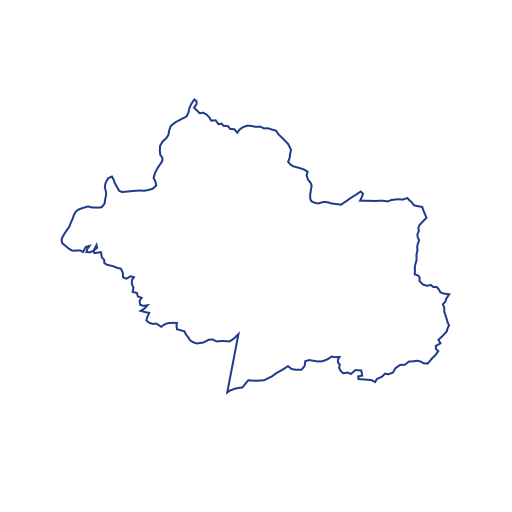 Sapopema, Paraná, Brazil, rotated 66°
{"feature_id": "56859067B84915220183665", "entity_name": "Sapopema", "entity_type": "district", "adm_level": 2, "iso_a3": "BRA", "parent_name": "Brazil", "parent_adm1": "Paraná", "projection": "equal_earth", "projection_center": [-50.609, -23.883], "detail": "fine", "context": "isolated", "style": "outline", "palette": "blue", "viewbox_px": 512, "rotation_deg": 66, "n_neighbors": 0, "source": "geoboundaries", "source_scale": "gbopen_adm2", "svg_char_len": 3920}
<svg xmlns="http://www.w3.org/2000/svg" viewBox="0 0 512 512"><g transform="rotate(66 256 256)"><path d="M301.7,99.6L299.2,97.0L296.6,96.5L294.1,93.9L290.4,84.8L286.1,84.6L283.4,84.6L278.8,84.2L276.3,87.9L274.0,91.0L270.2,91.9L267.3,93.2L264.6,94.1L264.2,98.8L261.8,103.4L259.9,109.6L259.8,113.3L256.8,118.2L254.2,124.8L252.2,128.9L250.9,131.7L247.8,138.4L245.3,135.5L242.7,132.9L239.7,134.1L240.5,138.9L241.5,145.6L242.7,151.8L243.7,157.5L240.9,162.0L238.7,165.7L236.4,168.2L234.1,172.1L233.3,177.9L231.2,180.8L228.4,183.2L225.5,183.1L221.7,181.4L218.2,179.1L214.3,176.5L210.9,176.4L207.8,177.4L203.1,177.1L200.0,174.6L196.7,176.8L194.4,179.2L191.8,182.3L189.3,185.4L186.6,187.3L183.0,188.3L180.0,185.3L177.3,183.8L173.3,180.8L166.7,181.1L161.2,183.1L157.5,184.5L154.0,186.0L149.7,186.7L147.2,189.8L144.3,192.9L142.7,196.7L139.6,199.5L137.9,203.7L135.4,207.2L133.5,210.6L133.0,215.6L133.9,219.8L135.8,223.0L131.4,224.2L129.4,227.9L126.0,228.8L123.8,232.8L121.1,233.5L120.3,236.7L115.6,237.7L114.1,241.9L110.7,242.2L106.7,243.6L103.6,246.0L102.7,249.4L98.9,250.8L95.3,252.3L93.0,248.5L90.4,247.4L87.9,248.7L90.8,253.3L93.5,256.4L97.6,259.5L100.2,262.6L101.1,275.4L102.5,280.9L105.8,284.1L109.6,286.6L111.7,289.7L113.4,294.6L116.4,298.9L121.1,301.2L124.7,302.3L128.2,301.6L131.1,302.9L135.7,310.2L138.9,314.3L143.0,317.8L147.2,317.6L150.9,318.4L152.5,322.6L152.1,326.6L151.0,331.4L148.8,335.8L147.1,340.4L144.7,347.6L143.0,352.5L140.8,354.5L135.3,355.0L132.0,355.4L129.0,355.0L124.8,355.3L124.8,359.2L127.7,363.4L131.5,366.1L136.0,366.9L138.7,367.8L142.7,370.6L146.6,373.1L148.7,377.3L147.6,380.5L144.8,386.4L142.4,389.2L141.5,396.1L141.4,400.0L142.5,403.1L144.4,405.6L147.2,408.2L151.0,412.4L153.2,414.5L157.2,421.2L159.9,425.0L162.3,427.2L165.5,427.8L172.6,424.3L176.4,421.7L177.9,418.2L179.3,414.4L182.0,412.4L178.6,408.0L179.0,404.0L181.2,407.6L183.5,409.3L185.2,405.8L185.0,402.1L187.6,402.5L189.4,396.1L194.7,397.4L197.7,396.3L200.8,397.4L203.3,395.8L207.1,390.8L210.7,387.3L212.5,384.6L217.2,384.5L221.3,386.1L224.0,383.7L223.6,378.6L225.7,376.2L227.4,379.0L231.0,380.8L235.2,380.9L238.6,383.3L241.4,379.8L244.8,380.4L247.8,377.5L249.5,380.5L253.3,381.7L255.7,379.3L256.9,375.1L258.7,379.3L259.2,383.7L262.0,380.3L264.5,376.7L267.9,380.5L270.2,382.3L273.1,381.1L275.9,378.2L277.4,374.3L282.1,371.4L281.3,367.2L281.6,363.4L283.4,358.8L285.0,355.5L287.3,357.0L290.8,358.0L293.2,355.0L295.8,352.0L298.8,352.0L302.7,351.0L306.0,350.6L308.9,348.8L311.8,345.7L313.6,339.3L313.3,333.0L314.6,329.6L318.0,326.8L320.0,321.1L323.3,314.9L322.4,309.6L320.2,303.8L369.0,337.8L368.3,334.3L368.7,329.2L369.5,325.2L370.6,322.1L368.1,317.1L366.4,313.6L368.7,309.4L370.3,305.9L371.4,302.9L372.8,299.2L372.6,295.2L372.5,290.5L371.2,284.6L370.7,278.4L369.6,271.6L373.8,269.4L376.2,265.7L378.4,260.6L376.3,256.4L372.1,253.7L372.8,249.5L375.4,245.6L377.2,243.0L378.9,239.0L379.4,235.7L379.4,232.2L378.6,228.0L380.6,224.8L382.2,220.8L383.9,223.3L386.6,224.4L389.3,223.6L391.7,225.5L394.8,225.5L398.5,224.2L399.9,219.4L402.4,217.3L400.6,211.6L403.4,206.4L408.5,207.6L407.6,211.6L410.1,212.4L412.2,208.5L414.7,203.9L416.7,200.6L419.6,198.4L417.5,195.5L417.5,190.0L415.9,186.0L417.9,183.1L418.2,178.4L415.2,174.2L414.1,168.7L415.9,164.2L414.6,159.2L415.9,156.1L417.3,151.2L419.8,148.1L422.0,146.8L424.1,143.0L422.2,139.0L420.8,136.0L419.6,132.6L417.1,128.2L414.1,129.4L411.3,128.4L410.8,123.0L406.8,123.4L404.6,117.3L402.5,112.4L400.2,110.6L397.8,107.8L395.3,108.0L388.3,107.1L383.6,106.7L379.9,105.1L376.1,104.9L374.6,101.4L372.4,99.6L369.5,95.1L366.8,99.6L364.2,102.3L361.0,102.5L357.8,103.6L356.3,106.8L353.6,108.0L352.8,111.9L349.9,115.2L345.1,116.8L342.4,115.3L339.9,115.7L337.3,118.5L334.1,116.8L330.2,115.2L327.8,113.3L325.2,111.1L322.2,109.8L319.6,108.6L316.6,106.2L313.3,105.1L310.9,103.4L308.0,100.6L304.3,100.6L301.7,99.6ZM185.0,402.1L181.1,397.2L183.9,397.8L185.0,402.1Z" fill="none" stroke="#1e3a8a" stroke-width="2"/></g></svg>